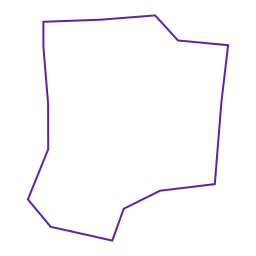 Kindu, Maniema, Democratic Republic of the Congo
{"feature_id": "63176286B62585085359897", "entity_name": "Kindu", "entity_type": "district", "adm_level": 2, "iso_a3": "COD", "parent_name": "Democratic Republic of the Congo", "parent_adm1": "Maniema", "projection": "orthographic", "projection_center": [25.912, -2.975], "detail": "fine", "context": "isolated", "style": "outline", "palette": "violet", "viewbox_px": 256, "rotation_deg": 0, "n_neighbors": 0, "source": "geoboundaries", "source_scale": "gbopen_adm2", "svg_char_len": 376}
<svg xmlns="http://www.w3.org/2000/svg" viewBox="0 0 256 256"><path d="M50.7,226.8L112.3,240.6L123.7,208.8L128.2,206.5L131.7,204.8L144.3,198.5L153.3,194.1L160.1,190.7L214.8,184.1L221.4,102.1L228.1,45.2L187.0,41.3L178.0,40.5L161.8,22.7L155.1,15.4L100.4,19.7L43.4,21.8L43.4,46.9L48.1,103.8L48.2,149.3L27.9,199.4L50.7,226.8Z" fill="none" stroke="#5b21b6" stroke-width="2"/></svg>